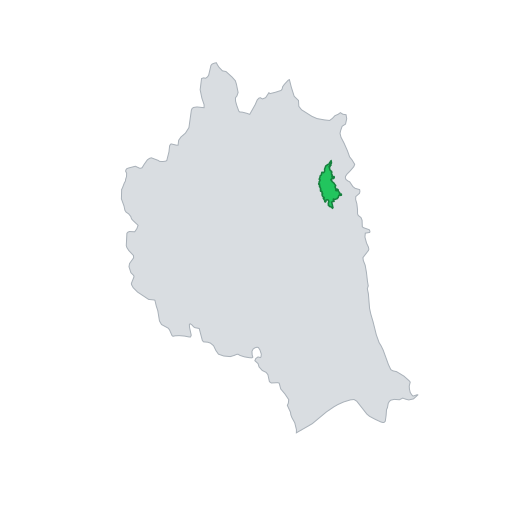 location of Mazyr, Gomel, Belarus, rotated 253°
{"feature_id": "67162791B88851399193905", "entity_name": "Mazyr", "entity_type": "district", "adm_level": 2, "iso_a3": "BLR", "parent_name": "Belarus", "parent_adm1": "Gomel", "projection": "robinson", "projection_center": [29.026, 51.973], "detail": "fine", "context": "in_parent", "style": "filled", "palette": "green", "viewbox_px": 512, "rotation_deg": 253, "n_neighbors": 0, "source": "geoboundaries", "source_scale": "gbopen_adm2", "svg_char_len": 8854}
<svg xmlns="http://www.w3.org/2000/svg" viewBox="0 0 512 512"><g transform="rotate(253 256 256)"><path d="M414.9,339.5L407.0,339.1L397.6,339.2L392.3,342.1L386.6,340.7L382.5,342.3L373.2,350.3L369.6,354.5L366.2,361.1L364.1,366.0L365.3,369.4L367.1,372.5L367.5,376.0L368.4,378.6L366.1,380.6L364.8,383.4L360.8,382.9L356.0,380.2L354.9,376.3L351.2,373.6L348.7,372.2L344.7,372.0L338.2,373.2L329.8,374.2L323.4,374.5L319.9,375.9L314.8,377.2L312.8,375.6L310.0,371.2L307.6,366.8L306.0,364.9L304.6,364.3L302.9,364.4L300.9,365.8L299.5,367.3L294.1,368.9L291.8,370.5L289.2,374.5L287.5,374.3L285.7,373.3L283.7,368.8L280.9,367.8L276.4,367.7L270.9,366.7L266.4,365.4L264.8,365.7L262.1,367.6L259.2,367.9L252.9,366.2L251.7,367.0L248.0,372.0L246.3,372.2L245.3,371.6L245.9,367.2L242.2,365.7L236.0,365.5L231.6,366.1L229.5,365.9L228.4,365.1L223.2,357.8L220.4,357.3L215.3,357.7L207.9,356.8L199.3,355.2L194.6,354.6L192.2,352.9L186.9,352.4L172.8,349.3L167.0,348.8L158.5,348.7L145.5,348.0L137.2,348.4L133.3,349.4L128.8,350.1L113.4,350.9L107.9,351.7L106.2,353.3L104.3,356.6L97.8,362.4L91.5,366.2L90.3,366.6L86.8,364.5L83.8,363.8L80.3,363.6L77.8,364.3L76.1,365.2L76.2,369.7L75.8,370.1L73.3,364.8L73.7,360.0L75.3,357.3L77.2,354.8L76.6,351.1L78.5,346.2L78.7,342.7L78.0,341.1L76.5,339.4L72.6,337.4L70.9,335.9L65.5,333.8L60.2,331.3L59.4,329.7L59.7,328.6L60.7,327.0L64.9,322.3L69.5,317.7L72.4,315.8L87.7,309.9L90.1,307.8L90.8,304.3L90.8,297.2L90.0,290.8L89.0,286.4L86.4,278.0L79.2,260.8L75.1,242.9L78.1,243.9L85.2,244.3L90.9,243.1L93.9,242.9L96.5,243.3L104.0,242.3L105.8,243.9L109.1,245.3L115.7,243.3L121.6,240.8L127.6,241.0L128.5,239.8L130.1,233.5L131.9,232.1L139.1,232.7L141.8,231.6L144.7,228.5L149.0,226.5L152.5,226.5L156.2,224.3L158.0,225.8L158.9,228.4L157.6,230.5L158.1,231.3L160.6,232.4L165.0,232.3L167.8,231.5L168.5,230.3L168.5,228.1L167.9,226.1L166.1,224.3L162.6,223.4L160.2,223.4L159.8,222.3L160.7,219.9L162.9,215.5L165.6,211.6L167.3,210.1L167.6,208.7L167.3,206.3L167.3,202.0L169.8,195.9L173.1,191.4L177.4,190.0L182.6,189.2L186.0,187.0L187.7,184.6L189.2,180.8L190.8,180.0L203.3,180.5L205.3,176.7L206.4,175.7L208.8,174.6L210.5,173.2L209.9,172.2L206.7,171.5L199.2,170.9L197.7,169.7L198.2,168.2L200.3,164.3L202.3,159.3L203.3,155.4L203.5,153.1L204.6,152.4L210.7,151.7L212.7,150.9L218.1,145.6L222.1,144.7L232.4,146.1L237.1,146.0L243.2,146.4L243.7,145.8L245.9,140.6L256.1,132.2L261.6,129.3L265.0,128.6L266.2,128.8L271.7,133.2L273.0,133.4L276.6,131.5L282.9,131.4L285.8,132.9L290.0,138.4L292.2,139.0L298.3,136.0L301.7,135.0L303.9,135.0L315.5,139.2L316.3,140.6L316.4,142.2L314.6,147.1L317.0,150.1L319.8,152.2L325.8,148.8L328.0,147.8L330.4,147.8L333.6,146.5L335.9,144.6L338.1,144.0L342.3,144.4L350.0,144.0L359.0,147.0L359.8,147.9L364.3,151.4L365.9,153.1L367.4,153.7L369.8,155.4L373.0,156.5L375.2,156.1L376.3,156.7L377.3,158.0L377.4,160.3L377.1,166.9L374.0,170.3L373.6,171.5L373.7,172.9L376.3,175.8L379.7,180.2L380.5,182.7L380.5,184.6L376.1,190.3L374.6,191.6L373.6,194.5L373.1,197.4L373.4,198.6L381.0,203.2L386.6,205.6L387.8,206.9L388.0,207.6L385.1,212.6L384.8,213.9L389.3,215.9L391.8,219.1L394.1,224.4L398.4,229.4L414.3,236.8L415.8,238.1L416.3,239.7L415.8,243.1L413.0,249.7L415.8,250.6L422.8,250.4L431.3,251.2L441.6,255.8L441.7,257.9L440.7,259.8L441.4,261.8L442.6,263.5L451.5,268.7L452.4,270.2L452.6,272.7L452.4,274.6L450.0,275.0L447.3,275.8L442.9,278.0L441.2,281.2L434.0,285.5L429.6,287.5L426.0,287.5L417.6,286.7L414.6,284.5L413.3,282.6L410.0,281.7L405.7,281.6L399.7,281.9L398.5,282.5L397.6,284.9L395.1,289.0L393.3,291.4L401.0,299.5L404.9,302.8L406.1,304.9L406.1,306.4L404.3,308.1L404.6,311.5L408.4,316.1L407.2,316.8L406.9,322.4L407.0,328.4L408.0,329.8L410.1,331.0L411.8,333.2L414.7,338.2L414.9,339.5Z" fill="#d9dde1" stroke="#a8b0b8" stroke-width="1"/><path d="M289.2,355.4L289.5,355.5L289.9,355.7L290.2,355.7L290.3,355.6L290.5,355.4L290.6,355.1L290.5,354.8L290.7,354.5L290.8,354.4L291.0,354.2L291.4,354.1L291.6,354.2L292.0,354.5L292.4,354.4L292.9,354.1L293.4,353.9L293.7,353.8L293.9,353.7L294.2,353.5L294.4,353.6L294.5,353.8L294.9,353.9L295.3,353.9L295.6,353.7L295.9,353.5L296.1,353.3L295.9,352.9L295.7,353.0L295.3,352.9L295.0,352.8L294.9,352.6L294.9,352.3L294.9,351.9L295.1,351.7L295.3,351.5L295.5,351.4L295.7,351.5L296.0,351.6L296.3,351.8L296.5,352.2L297.0,352.2L297.3,351.9L298.0,351.9L298.4,351.9L298.6,351.8L298.8,351.7L299.1,351.8L299.4,352.2L299.6,352.4L299.8,352.7L300.1,352.8L300.3,352.8L300.6,352.6L300.8,352.5L301.4,352.3L301.7,352.2L302.3,352.0L302.8,351.9L303.2,351.7L303.6,351.4L304.0,351.1L304.4,350.9L304.7,350.7L305.0,350.5L305.5,350.3L305.9,350.4L306.3,350.6L306.7,350.3L306.7,349.9L307.0,349.8L307.3,350.1L307.4,350.4L307.6,350.7L307.9,351.0L307.9,351.3L307.7,351.6L307.6,351.8L307.5,352.3L307.4,352.7L307.5,353.0L307.8,353.4L308.0,353.7L308.6,353.9L309.0,353.9L309.3,353.7L309.2,353.2L308.9,352.7L308.8,352.4L308.9,352.1L309.2,351.9L309.5,351.8L309.8,352.2L309.9,352.4L310.3,352.4L310.5,352.1L310.8,352.3L311.0,352.5L311.4,352.5L311.7,352.5L311.8,352.4L311.9,352.2L312.3,352.1L312.6,352.2L312.9,352.4L313.2,352.6L313.4,352.7L313.7,352.9L313.9,352.8L314.0,352.6L314.4,352.7L314.7,352.9L314.8,353.0L315.0,352.8L315.4,352.6L315.6,352.5L315.9,352.3L316.1,352.1L316.3,352.0L316.7,351.9L317.2,351.9L317.6,351.9L318.4,352.0L318.9,351.9L319.4,352.0L319.8,352.0L320.0,352.0L320.0,352.3L319.8,352.5L319.7,352.7L319.7,352.9L319.8,353.0L320.1,353.0L320.4,352.9L320.6,352.8L320.9,352.9L320.9,353.1L320.9,353.4L320.9,353.9L320.9,354.2L321.0,354.3L321.4,354.1L321.6,353.9L321.8,353.8L322.1,353.9L322.3,354.2L322.3,354.4L322.3,354.7L322.4,355.0L322.6,355.2L322.9,355.3L323.3,355.5L323.8,355.6L324.2,355.6L324.5,355.6L324.9,355.7L325.1,355.7L325.0,355.3L324.9,355.0L324.6,354.7L324.3,354.5L324.0,354.3L323.7,353.9L323.7,353.6L323.4,353.4L323.0,353.2L322.7,352.7L322.6,352.4L322.5,352.0L322.5,351.6L322.5,351.2L322.2,350.9L322.2,350.6L322.2,350.3L321.9,350.0L321.9,349.8L321.8,349.5L321.8,349.2L321.5,348.8L321.0,348.5L320.4,348.1L320.0,347.7L319.5,347.4L319.1,347.0L318.8,346.9L318.3,346.8L317.6,346.7L317.1,346.4L316.6,346.1L316.4,345.9L316.4,345.7L316.3,345.4L316.1,345.2L316.0,344.9L316.0,344.6L316.1,344.4L316.3,344.3L316.6,344.1L316.7,343.9L316.8,343.6L316.6,343.3L315.9,342.9L315.3,342.6L314.8,342.4L314.4,342.2L314.2,341.9L314.2,341.7L314.2,341.4L314.1,341.1L313.7,340.7L313.3,340.5L313.0,340.4L312.5,340.2L312.0,339.7L311.7,339.6L311.5,339.4L311.4,339.2L311.2,339.0L310.9,338.9L310.7,338.9L310.6,339.0L310.4,339.4L310.3,339.5L310.1,339.5L309.8,339.5L309.5,339.4L309.3,339.2L309.2,339.0L309.0,338.8L309.0,338.6L308.8,338.3L308.5,338.1L308.0,338.0L307.7,337.8L307.4,337.6L306.9,337.2L306.6,337.0L306.3,337.0L306.0,337.1L306.2,337.3L306.3,337.5L306.1,337.8L305.6,337.6L305.4,337.5L305.1,337.4L304.7,337.5L304.4,337.5L304.2,337.3L304.1,337.1L303.9,337.0L303.5,337.0L303.3,337.2L303.2,337.4L303.1,337.5L302.9,337.5L302.5,337.5L302.4,337.5L302.3,337.4L302.1,337.4L301.9,337.5L301.6,337.6L301.2,337.4L301.1,337.2L300.9,337.3L300.6,337.2L300.3,337.3L300.1,337.2L299.8,336.9L299.6,336.7L299.2,336.7L299.0,336.8L298.9,337.0L298.9,337.3L298.9,337.5L298.6,337.7L298.4,337.8L298.1,337.9L297.9,337.9L297.7,337.8L297.6,337.7L297.4,337.6L297.2,337.6L296.9,337.6L296.7,337.8L296.3,337.9L296.2,337.7L296.2,337.4L295.8,337.2L295.7,337.3L295.5,337.5L295.3,337.5L295.1,337.4L294.9,337.2L294.6,337.0L294.2,337.0L293.8,337.2L293.4,337.3L293.2,337.4L292.9,337.6L292.7,337.8L292.3,338.1L292.1,338.2L291.7,338.3L291.6,338.2L291.7,337.8L291.7,337.6L291.6,337.3L291.3,337.2L291.1,337.3L290.8,337.4L290.6,337.5L290.2,337.6L289.7,337.7L289.3,337.8L289.1,337.9L288.9,338.0L288.6,338.0L288.5,337.9L288.2,337.7L287.9,337.6L287.7,337.8L287.8,338.0L287.8,338.4L287.8,338.6L287.6,338.6L287.7,338.8L288.0,338.9L288.5,339.0L288.8,339.2L289.0,339.4L289.1,339.5L289.0,339.9L288.9,340.1L289.0,340.4L288.9,340.6L288.9,340.8L288.8,341.0L288.6,341.2L288.3,341.4L288.1,341.4L287.8,341.5L287.7,341.6L287.4,341.7L287.2,341.6L286.8,341.4L286.5,341.5L286.3,341.4L286.1,341.2L285.6,340.7L285.2,340.5L284.8,340.4L284.5,340.4L284.2,340.4L284.0,340.2L283.8,340.1L283.6,340.0L283.4,340.2L283.2,340.3L282.9,340.5L282.4,340.6L282.2,340.6L281.9,340.7L281.8,340.8L281.7,341.0L281.5,341.4L281.4,341.6L281.3,341.8L281.1,342.0L280.7,342.3L280.5,342.6L280.3,342.7L280.0,342.7L279.8,342.8L279.7,342.9L279.4,343.1L279.7,343.4L279.7,343.7L280.0,343.8L280.4,343.8L281.0,343.8L281.8,343.9L282.6,344.0L283.5,344.0L284.1,344.0L284.7,344.0L285.4,344.0L285.6,345.7L285.5,346.1L285.4,346.4L285.6,346.7L286.0,346.5L286.2,346.3L286.7,346.2L287.3,346.4L287.8,346.7L287.8,346.9L287.4,347.0L287.2,347.0L287.1,347.7L287.0,348.4L287.1,349.1L287.1,350.0L287.1,350.4L287.2,350.6L287.6,350.7L287.7,351.0L287.8,351.4L287.8,351.6L288.2,351.9L288.6,352.1L289.0,352.4L289.4,352.6L289.7,352.8L289.9,353.2L289.9,353.6L289.6,353.7L289.4,353.9L289.3,354.2L289.3,354.5L289.3,354.8L289.2,355.2L289.2,355.4Z" fill="#22c55e" stroke="#15803d" stroke-width="1.5"/></g></svg>